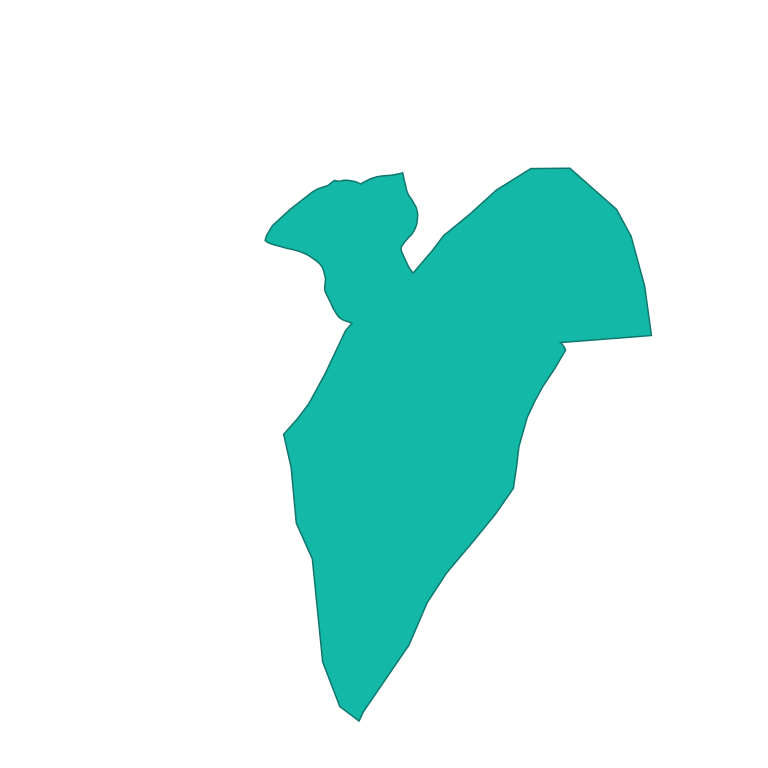 La Croix Chaubough, Castries, Saint Lucia (Albers equal-area conic projection), rotated 127°
{"feature_id": "8701671B80997210152417", "entity_name": "La Croix Chaubough", "entity_type": "district", "adm_level": 2, "iso_a3": "LCA", "parent_name": "Saint Lucia", "parent_adm1": "Castries", "projection": "albers", "projection_center": [-60.941, 14.011], "detail": "fine", "context": "isolated", "style": "filled", "palette": "teal", "viewbox_px": 768, "rotation_deg": 127, "n_neighbors": 0, "source": "geoboundaries", "source_scale": "gbopen_adm2", "svg_char_len": 5018}
<svg xmlns="http://www.w3.org/2000/svg" viewBox="0 0 768 768"><g transform="rotate(127 384 384)"><path d="M184.3,199.6L148.9,234.8L117.3,275.6L104.6,303.4L102.1,335.8L99.8,365.4L118.0,389.1L123.6,396.4L142.1,403.5L161.6,411.0L176.8,413.9L196.4,417.6L229.7,425.7L248.6,425.7L275.6,427.4L277.1,427.6L277.8,427.7L277.7,428.5L275.9,434.1L275.6,434.7L275.4,435.3L274.9,436.3L274.4,437.3L273.8,438.3L273.0,439.8L272.7,440.3L272.2,441.4L271.6,442.5L271.0,443.6L270.4,444.6L269.8,445.9L269.2,446.8L268.7,447.8L268.2,448.9L267.5,449.8L266.8,450.6L266.0,451.5L265.5,451.8L264.9,452.2L264.1,452.7L263.1,452.8L262.0,452.8L260.9,452.9L259.6,452.9L258.4,452.9L257.2,453.0L256.1,452.8L254.9,452.7L253.7,452.6L252.8,452.6L252.1,452.5L251.5,452.4L250.3,452.2L249.1,452.1L247.9,451.9L246.9,452.0L245.7,452.0L244.5,452.2L243.8,452.2L243.2,452.3L242.2,452.5L240.8,452.7L239.6,453.1L238.5,453.4L237.4,453.8L236.3,454.2L235.3,454.7L234.4,455.3L233.4,455.8L232.5,456.4L231.4,457.1L230.0,458.0L229.4,458.3L228.8,458.7L228.3,459.1L227.7,459.7L226.9,460.6L226.1,461.6L225.4,462.4L224.3,463.7L224.0,464.1L223.4,465.1L222.8,466.2L222.5,467.2L221.9,468.6L221.5,469.4L221.2,470.1L220.9,470.8L220.4,472.0L220.0,473.0L219.5,474.4L219.1,475.7L218.7,476.8L218.4,477.9L217.8,478.9L217.2,480.1L216.8,480.9L216.2,481.8L215.5,482.7L214.6,483.9L213.6,484.9L212.8,485.8L212.1,486.6L211.4,487.6L210.7,488.4L209.9,489.5L209.2,490.3L208.5,491.2L207.7,492.0L207.0,492.8L206.2,493.7L205.5,494.6L204.7,495.5L204.1,496.3L205.5,497.1L206.8,498.3L212.8,503.7L216.0,507.4L217.6,509.2L219.3,511.0L222.3,514.0L228.2,518.3L238.4,523.2L238.7,524.5L238.8,525.1L238.9,525.7L239.0,526.3L239.1,526.9L239.3,527.5L239.5,528.1L239.7,528.7L239.9,529.3L240.2,529.8L240.5,530.5L240.9,531.3L241.1,531.9L241.5,532.5L241.9,533.2L242.2,533.8L242.6,534.6L242.9,535.1L243.2,535.6L243.6,536.2L243.9,536.7L244.3,537.2L244.8,537.8L245.3,538.4L245.8,539.0L246.2,539.4L247.0,540.0L247.5,540.5L248.1,540.8L248.6,541.3L248.9,541.8L249.4,542.4L249.8,543.1L250.0,543.7L250.4,544.2L250.7,544.8L251.0,545.4L251.1,546.0L254.9,547.2L259.0,548.1L260.6,549.2L264.9,552.2L268.0,554.3L273.9,556.8L301.1,564.1L324.8,568.4L336.1,567.2L340.8,565.4L341.0,562.1L340.8,561.4L340.7,560.8L340.5,560.2L340.3,559.4L340.1,558.7L340.0,558.1L339.7,557.6L339.5,556.9L339.3,556.3L339.0,555.7L338.8,555.0L338.6,554.4L338.3,553.8L338.1,553.2L337.8,552.6L337.6,552.0L337.3,551.3L337.0,550.7L336.8,550.2L336.5,549.6L336.3,548.8L336.0,548.2L335.8,547.6L335.6,547.0L335.3,546.4L335.1,545.7L334.9,545.1L334.7,544.6L334.4,543.9L334.1,543.2L333.8,542.6L333.4,541.8L333.1,541.3L332.8,540.7L332.4,539.9L332.2,539.3L331.9,538.7L331.6,538.1L331.4,537.5L331.2,536.8L330.9,536.1L330.6,535.5L330.4,535.0L330.1,534.3L329.9,533.7L329.7,533.1L329.5,532.5L329.3,532.0L329.0,531.2L328.7,530.4L328.5,529.6L328.4,529.0L328.2,528.3L328.0,527.6L327.8,527.0L327.7,526.3L327.5,525.6L327.3,524.8L327.2,524.3L327.1,523.6L327.0,523.1L326.9,522.5L326.9,521.9L326.8,521.3L326.7,520.6L326.6,519.9L326.6,519.2L326.6,518.4L326.6,517.7L326.5,517.1L326.5,516.2L326.5,515.4L326.5,514.8L326.4,514.0L326.4,513.4L326.4,512.7L326.5,512.1L326.4,511.4L326.5,510.7L326.5,510.1L326.6,509.5L326.6,508.8L326.7,507.9L326.8,507.2L327.0,506.6L327.2,506.0L327.5,505.2L327.7,504.5L327.9,503.8L328.3,503.0L328.6,502.4L328.9,501.8L329.2,501.2L329.6,500.7L330.1,500.1L330.5,499.7L330.9,499.2L331.2,498.7L331.7,498.2L332.2,497.5L332.7,496.9L333.2,496.2L333.7,495.7L334.1,495.3L334.6,494.7L335.1,494.2L335.6,493.8L336.1,493.5L336.7,493.2L337.2,492.8L337.7,492.4L338.2,492.0L338.9,491.7L339.5,491.3L340.1,491.0L340.6,490.7L341.2,490.3L341.8,490.0L342.3,489.7L342.8,489.3L343.5,488.8L344.1,488.2L344.7,487.6L345.2,487.2L345.5,486.7L345.8,486.2L346.1,485.6L346.4,485.0L346.8,484.4L347.0,483.8L347.4,483.2L347.8,482.4L348.0,481.8L348.5,481.0L349.0,479.9L349.4,479.3L349.6,478.7L349.9,478.2L350.2,477.6L350.5,477.0L350.7,476.5L351.0,475.9L351.3,475.2L351.7,474.6L352.0,474.1L352.4,473.5L352.7,472.9L353.0,472.3L353.4,471.6L353.7,471.0L354.0,470.4L354.3,469.8L354.6,469.2L354.8,468.7L355.1,468.1L355.3,467.4L355.5,466.8L355.8,466.2L356.0,465.7L356.4,464.8L356.6,464.2L356.8,463.5L357.0,462.9L357.3,462.2L357.5,461.4L357.6,460.9L357.8,460.3L357.8,459.6L357.8,458.9L357.8,458.0L357.8,457.3L357.7,456.7L357.6,455.9L357.5,455.3L357.2,454.4L357.0,453.7L356.8,453.0L356.7,452.4L356.5,451.8L356.3,451.1L356.1,450.5L355.8,449.9L355.5,449.0L355.4,448.5L355.1,447.6L355.0,447.0L354.8,446.1L364.2,446.9L411.7,437.1L445.0,432.2L463.9,432.2L484.5,433.9L506.7,407.8L547.9,370.3L566.8,336.0L642.8,265.8L668.2,225.1L668.2,201.1L658.2,203.2L591.7,206.3L577.7,206.9L569.0,209.0L532.7,217.9L508.7,219.5L497.1,220.3L484.7,219.6L453.3,217.9L426.0,216.9L421.4,216.7L417.5,216.8L389.4,217.9L379.4,223.4L369.3,228.9L360.3,234.2L352.7,238.6L344.7,241.7L324.3,249.6L306.5,253.3L289.9,255.7L268.6,256.9L257.0,258.3L247.7,259.3L246.9,260.7L246.4,261.5L245.9,262.6L245.5,264.2L245.3,265.0L245.0,266.1L244.8,267.1L244.7,268.0L226.2,247.0L184.3,199.6Z" fill="#14b8a6" stroke="#0f766e" stroke-width="1.5"/></g></svg>